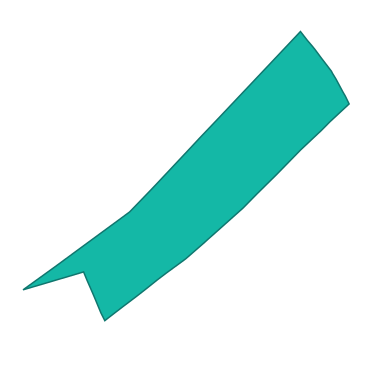 the district of Monsenhor Hipólito, Piauí, Brazil, rotated 46°
{"feature_id": "56859067B86730196244665", "entity_name": "Monsenhor Hipólito", "entity_type": "district", "adm_level": 2, "iso_a3": "BRA", "parent_name": "Brazil", "parent_adm1": "Piauí", "projection": "equal_earth", "projection_center": [-41.027, -6.94], "detail": "fine", "context": "isolated", "style": "filled", "palette": "teal", "viewbox_px": 384, "rotation_deg": 46, "n_neighbors": 0, "source": "geoboundaries", "source_scale": "gbopen_adm2", "svg_char_len": 696}
<svg xmlns="http://www.w3.org/2000/svg" viewBox="0 0 384 384"><g transform="rotate(46 192 192)"><path d="M237.8,17.8L229.5,15.1L224.7,13.9L210.9,10.0L208.7,9.5L204.2,8.5L202.0,7.8L185.4,5.9L175.4,4.6L171.3,4.2L163.1,3.7L151.9,2.5L154.3,54.3L157.4,122.9L158.5,149.4L159.2,162.4L161.7,214.4L162.0,221.7L163.0,250.8L150.4,344.0L145.0,381.5L174.2,325.5L182.5,328.8L194.1,333.1L197.8,334.5L201.7,336.0L215.9,341.6L224.0,344.1L224.4,339.9L226.4,322.0L228.5,304.7L229.7,293.4L231.1,278.2L232.4,267.2L235.7,242.9L237.0,217.6L237.1,213.3L237.5,204.4L239.0,166.4L238.5,147.2L238.2,118.9L237.2,84.5L237.5,61.0L237.6,56.9L237.3,44.0L237.8,17.8Z" fill="#14b8a6" stroke="#0f766e" stroke-width="1.5"/></g></svg>